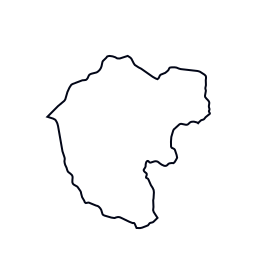 SVG path tracing the border of Lop Buri, rotated 303°
{"feature_id": "THA-408", "entity_name": "Lop Buri", "entity_type": "Province", "adm_level": 1, "iso_a3": "THA", "parent_name": "Thailand", "parent_adm1": "", "projection": "orthographic", "projection_center": [100.946, 15.077], "detail": "fine", "context": "isolated", "style": "outline", "palette": "ink", "viewbox_px": 256, "rotation_deg": 303, "n_neighbors": 0, "source": "natural_earth", "source_scale": "10m", "svg_char_len": 3618}
<svg xmlns="http://www.w3.org/2000/svg" viewBox="0 0 256 256"><g transform="rotate(303 128 128)"><path d="M188.3,88.5L188.3,91.7L187.9,93.2L185.3,97.7L184.6,99.4L184.6,103.9L184.9,106.7L184.4,120.9L184.6,124.2L185.0,126.1L185.6,126.3L186.3,126.5L187.0,126.5L187.7,126.4L189.0,126.2L189.6,126.2L190.2,126.3L190.7,126.5L194.5,129.2L197.0,130.0L198.3,130.3L199.0,130.3L200.3,130.1L201.0,130.1L201.5,130.3L201.9,130.7L202.8,131.8L204.4,134.3L205.1,135.9L205.5,138.1L206.1,140.1L213.6,155.1L214.1,156.5L214.4,157.9L214.4,163.1L214.2,164.1L214.0,164.8L213.6,165.3L213.2,165.7L212.7,166.0L211.7,166.6L210.6,167.1L206.4,170.0L205.2,170.5L204.1,170.9L203.5,171.2L203.1,171.5L201.9,172.8L201.5,173.1L197.0,175.0L196.6,175.3L196.1,175.7L195.8,176.5L195.4,177.6L194.9,179.8L194.5,181.0L194.1,181.7L193.7,182.2L193.3,182.5L192.8,182.8L190.6,183.8L190.1,184.1L189.7,184.4L188.9,185.3L188.5,185.8L188.1,186.1L187.6,186.4L186.4,186.6L185.9,186.9L185.6,187.4L185.1,188.4L184.7,188.8L184.1,188.8L183.5,188.6L182.4,188.2L179.3,187.2L177.1,187.0L176.5,186.8L176.0,186.5L174.6,185.3L174.5,185.2L173.6,184.9L171.7,184.4L170.2,184.2L170.3,183.2L170.0,182.1L169.2,179.8L168.5,178.8L167.8,177.9L166.9,177.2L165.8,176.8L164.5,176.5L163.8,176.3L163.3,176.0L162.8,175.6L162.5,175.2L162.2,174.7L160.6,170.6L160.3,170.1L159.9,169.7L159.5,169.4L158.9,169.1L151.8,167.2L150.5,167.3L144.1,169.2L139.9,171.5L135.9,174.2L135.3,175.1L135.2,175.8L135.4,176.4L135.5,177.7L135.5,178.4L135.3,179.0L135.0,179.5L131.8,183.5L129.8,185.4L127.8,185.6L125.0,185.7L123.3,185.3L122.7,184.2L122.4,183.7L120.9,182.0L120.4,181.7L119.8,181.4L118.5,181.2L117.9,181.0L117.4,180.7L116.9,180.4L116.6,180.0L116.3,179.5L116.0,178.9L115.7,176.9L115.6,176.2L115.7,173.4L115.9,172.4L115.9,171.8L115.9,171.1L115.7,170.5L115.5,169.9L114.9,168.9L114.5,168.5L114.1,168.1L111.4,165.9L111.1,165.5L110.9,165.0L111.0,164.3L111.3,163.2L111.2,162.7L110.9,162.2L110.3,162.0L109.5,161.9L108.6,162.1L107.2,162.6L105.3,163.7L104.8,163.8L104.1,163.9L102.0,163.9L101.4,164.0L100.9,164.4L100.5,165.1L100.2,166.3L100.1,167.9L99.8,168.6L99.3,169.0L98.2,169.5L97.3,169.6L96.6,169.9L96.2,170.2L96.2,171.1L96.3,171.7L96.3,172.4L95.8,173.4L92.5,178.4L91.3,181.1L90.0,183.2L89.2,183.9L88.1,184.8L83.0,187.7L81.1,188.5L75.6,192.4L72.8,193.8L71.5,195.4L68.7,201.7L63.4,200.5L62.4,200.1L61.3,199.1L60.7,198.5L59.9,198.0L57.3,197.8L55.4,196.5L52.1,194.1L50.6,192.6L48.8,189.6L51.2,186.0L51.6,185.0L51.2,184.1L50.8,183.7L50.1,180.3L48.8,170.2L48.5,169.4L48.4,169.0L48.0,168.3L47.7,167.9L46.7,166.9L46.1,166.4L45.3,165.9L44.7,164.8L43.8,162.8L41.7,155.8L41.6,154.3L41.8,153.7L42.5,152.8L44.7,150.2L45.5,148.6L46.0,146.7L46.1,145.7L46.0,144.8L45.6,143.7L44.1,135.8L43.8,135.3L42.1,133.5L42.1,132.7L42.2,132.2L43.2,130.8L45.0,127.2L47.7,124.2L48.3,123.7L48.8,123.1L49.3,122.2L51.1,117.8L51.2,117.1L51.0,113.5L51.1,112.8L51.3,112.1L51.7,111.5L52.3,110.8L54.6,109.4L55.8,108.8L56.3,108.5L57.2,107.8L57.6,107.2L58.0,106.5L58.4,104.2L58.4,103.4L58.6,101.9L58.7,101.3L59.8,99.7L61.2,98.1L62.8,95.5L64.0,94.1L65.5,92.8L67.6,91.8L68.1,91.4L68.8,90.7L72.8,85.7L91.5,68.3L93.3,66.3L94.2,64.9L95.1,63.1L95.3,62.4L95.1,60.1L93.5,54.3L108.3,57.4L115.8,59.7L116.5,59.8L117.2,59.8L117.9,59.8L125.2,57.6L130.0,56.9L133.0,56.9L133.6,57.0L134.9,57.7L143.1,63.7L144.5,65.5L145.2,66.3L145.8,66.7L146.6,66.9L147.9,67.0L150.3,66.6L151.6,66.6L152.4,67.0L153.4,67.6L157.3,71.2L158.1,71.7L159.1,72.1L161.2,72.6L163.4,72.6L165.3,72.2L169.5,70.6L170.0,70.5L170.6,70.5L175.0,71.5L176.6,71.6L177.4,72.2L178.4,73.3L179.7,76.1L180.1,77.6L180.4,78.8L180.5,81.1L181.9,83.3L188.3,88.5Z" fill="none" stroke="#020617" stroke-width="2"/></g></svg>